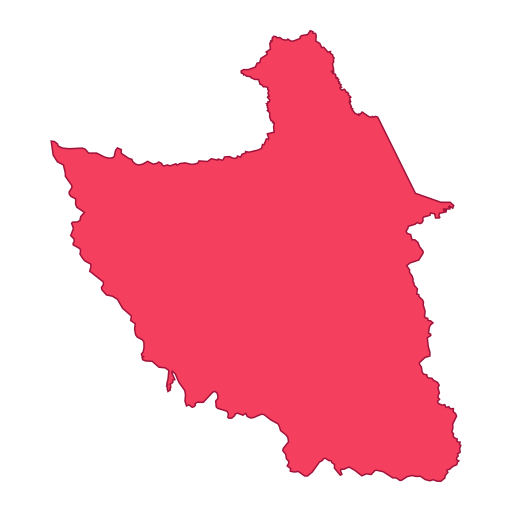 the district of Pong Nam Ron, Chanthaburi, Thailand
{"feature_id": "78962969B84278316034538", "entity_name": "Pong Nam Ron", "entity_type": "district", "adm_level": 2, "iso_a3": "THA", "parent_name": "Thailand", "parent_adm1": "Chanthaburi", "projection": "orthographic", "projection_center": [102.37, 12.957], "detail": "fine", "context": "isolated", "style": "filled", "palette": "rose", "viewbox_px": 512, "rotation_deg": 0, "n_neighbors": 0, "source": "geoboundaries", "source_scale": "gbopen_adm2", "svg_char_len": 5995}
<svg xmlns="http://www.w3.org/2000/svg" viewBox="0 0 512 512"><path d="M429.8,480.8L433.3,479.7L436.7,481.1L440.8,481.3L444.8,478.1L445.2,475.5L447.9,472.3L446.9,470.9L447.2,469.8L449.4,469.4L453.0,466.3L456.8,464.7L457.4,462.1L458.8,460.9L456.5,459.6L456.8,457.4L458.2,456.1L457.6,453.8L460.1,452.4L459.7,448.2L460.8,445.4L459.5,444.2L460.1,442.2L457.8,442.0L456.9,440.9L457.3,439.1L454.0,437.6L453.1,435.5L453.6,433.8L451.8,431.9L452.9,428.2L452.7,424.1L456.6,416.1L455.5,413.5L453.2,411.6L453.4,408.6L450.2,408.6L448.8,406.7L446.0,407.5L444.7,404.6L442.2,405.2L438.3,403.4L437.4,401.5L439.6,399.2L438.1,397.7L438.1,395.5L439.4,393.0L437.9,387.6L439.2,385.2L437.5,382.4L433.3,380.1L431.9,378.2L428.4,378.0L427.1,376.7L426.8,374.8L423.5,374.1L422.1,371.9L421.4,367.0L419.4,364.1L419.5,362.6L425.0,357.5L429.9,356.0L429.9,352.3L428.2,346.3L427.3,337.8L430.8,335.5L430.6,334.1L428.5,333.0L429.3,327.5L430.4,325.1L433.0,322.9L430.7,320.9L428.0,320.4L427.7,318.3L426.0,318.0L424.5,316.7L425.1,311.3L423.2,304.8L423.5,302.1L422.5,299.9L419.0,296.6L418.8,294.6L416.7,294.0L417.4,288.9L414.1,285.0L413.9,282.8L412.9,281.8L413.1,279.2L412.2,276.2L409.5,272.3L409.6,269.8L406.6,265.6L410.1,262.9L418.8,260.0L423.0,253.3L423.1,251.3L419.5,246.6L417.9,242.4L414.7,239.7L412.1,239.9L410.6,234.5L407.2,233.4L406.1,231.1L407.8,228.6L408.3,226.3L415.2,224.2L416.9,222.6L420.0,223.6L421.8,222.9L423.1,220.7L422.7,218.7L423.5,217.1L430.0,215.3L430.4,213.0L434.6,213.8L435.6,218.0L439.1,218.0L439.8,217.3L438.9,215.6L439.5,213.3L446.0,211.9L446.4,210.2L443.9,210.6L443.6,209.0L449.9,209.0L450.0,207.9L448.7,207.1L449.3,206.1L452.7,208.2L453.7,205.5L450.2,202.3L440.9,202.3L415.4,193.3L377.7,117.1L375.4,116.4L373.9,117.1L372.4,116.4L371.6,117.1L369.1,116.8L362.1,112.0L360.1,114.4L359.0,113.9L358.9,115.2L354.9,113.2L352.1,109.6L352.7,108.9L350.9,107.5L351.3,106.2L349.5,103.0L349.5,101.6L350.4,102.3L350.7,101.7L349.5,97.9L350.8,97.1L348.2,94.7L348.6,93.8L347.7,92.4L346.0,92.2L345.6,90.6L344.2,89.2L341.7,90.2L340.1,88.4L340.1,87.7L341.4,87.3L340.4,86.0L341.1,84.7L338.8,83.3L339.6,82.2L338.2,81.2L338.7,79.3L336.4,78.3L337.2,77.7L335.9,77.1L335.5,74.4L332.3,72.8L333.8,71.9L333.3,71.1L332.1,71.0L333.7,69.9L332.5,63.8L333.7,61.8L333.4,59.7L334.1,57.9L333.0,56.9L332.5,54.7L330.3,53.3L330.5,51.5L327.9,52.1L323.8,47.3L321.7,47.6L319.8,43.4L315.8,41.1L316.2,35.6L315.5,33.5L312.9,33.0L313.0,31.7L310.2,30.7L307.7,34.6L301.9,35.5L300.3,36.5L300.0,38.5L293.2,41.1L290.9,41.1L287.9,39.1L286.3,40.2L282.5,39.5L279.9,37.5L277.3,37.8L275.8,36.6L273.6,36.3L272.3,37.9L271.9,41.2L270.8,40.9L270.9,42.5L269.8,43.1L270.4,49.2L266.1,52.0L267.0,52.9L267.0,54.5L260.8,58.5L259.7,62.7L257.1,63.1L255.4,67.0L248.3,69.6L243.7,69.6L241.1,71.0L241.3,73.0L243.0,73.5L243.6,74.9L244.7,74.6L246.6,76.2L250.8,76.7L251.0,77.7L254.7,79.4L258.7,79.6L260.0,84.3L261.3,84.5L263.6,86.9L265.7,86.7L267.7,87.6L267.7,89.6L268.8,90.6L267.9,93.3L269.2,96.2L268.2,96.2L267.5,97.3L269.9,100.1L268.8,102.1L268.0,101.8L267.6,103.4L266.7,103.7L267.4,104.1L266.9,105.3L267.6,105.7L267.3,107.3L268.5,109.6L267.3,110.5L269.7,112.7L269.7,117.1L271.0,120.6L273.1,121.6L273.6,122.3L272.9,122.8L274.3,123.4L273.6,126.9L274.1,132.2L267.3,133.8L268.7,138.3L268.2,139.3L266.4,138.9L264.0,144.7L262.5,144.5L261.6,148.4L257.9,150.1L248.9,152.2L245.7,151.6L246.1,152.7L242.0,154.3L240.6,157.1L237.5,156.0L236.9,157.6L235.2,158.4L231.9,157.9L230.1,156.7L227.2,156.7L224.5,157.0L223.2,159.7L222.1,160.2L218.1,159.0L217.6,160.1L211.3,158.7L207.5,161.5L199.0,160.9L197.7,163.2L194.2,164.2L191.0,164.3L185.3,162.9L180.0,163.5L177.0,165.2L175.9,163.8L169.9,165.9L167.5,164.9L164.1,165.9L162.7,165.4L161.4,163.3L158.7,162.0L156.6,163.5L153.0,164.1L147.6,161.3L142.8,164.1L138.5,165.1L135.1,163.8L132.6,161.4L131.9,159.3L128.8,158.4L121.8,153.7L121.2,153.0L121.3,149.6L117.4,147.9L115.6,150.3L114.2,156.5L112.5,157.8L109.1,158.2L104.8,157.2L96.7,153.1L88.6,153.1L85.3,149.3L82.4,148.1L69.3,148.7L63.0,148.2L58.3,146.2L57.4,143.8L54.3,141.5L51.2,141.1L53.2,155.2L57.4,161.8L63.4,164.9L65.3,172.9L65.4,176.4L71.8,185.5L71.9,187.6L69.1,192.0L69.3,194.2L70.9,196.4L75.7,198.9L75.6,204.3L76.9,207.3L84.4,212.4L80.7,216.6L79.9,220.6L77.0,222.0L72.7,222.1L71.6,223.2L73.4,228.6L70.7,235.6L74.0,238.9L74.2,241.4L73.1,243.5L73.2,244.9L79.8,248.6L80.6,250.5L80.0,254.1L82.4,258.0L84.7,260.8L90.7,264.1L91.0,266.5L89.7,271.2L103.4,282.0L103.3,284.8L101.5,287.4L101.9,289.8L106.4,294.9L112.4,296.2L117.5,299.3L122.5,308.2L131.4,316.0L130.7,320.5L135.2,323.7L134.6,329.3L135.6,334.7L137.3,337.1L142.6,340.0L143.9,342.2L144.0,348.0L143.0,352.3L141.4,354.0L141.8,355.7L143.5,356.8L142.1,357.4L142.7,359.7L145.4,360.9L152.2,361.3L158.9,367.2L165.3,367.9L168.8,370.5L168.1,378.6L166.8,384.1L167.6,384.5L166.5,386.2L167.5,387.2L167.2,388.9L168.0,391.5L170.3,389.9L169.9,388.9L170.8,387.5L170.4,384.2L172.7,382.5L173.0,380.0L174.8,379.6L171.9,373.1L172.3,371.2L175.4,374.0L178.9,382.3L184.8,390.6L185.5,394.7L185.0,401.2L186.5,405.9L188.8,404.8L192.2,407.3L194.2,406.6L195.3,405.2L195.2,403.5L197.2,402.3L203.3,402.3L212.8,392.1L214.9,391.4L217.1,393.0L218.0,396.7L217.7,398.7L215.7,401.0L216.2,406.8L217.6,408.3L226.9,411.2L228.4,413.7L227.8,417.2L228.9,418.2L231.8,418.1L234.6,415.7L235.5,413.8L237.7,413.2L242.9,415.2L245.8,413.4L247.2,416.4L250.8,418.0L253.4,417.6L261.4,414.2L264.1,414.6L270.8,419.9L277.9,423.8L279.1,425.7L280.6,430.6L285.8,434.7L287.9,437.6L288.5,441.9L283.3,448.4L282.8,450.7L285.8,454.4L286.4,458.8L288.7,461.2L288.7,463.2L287.2,466.0L290.6,468.5L290.3,471.2L294.2,472.0L298.4,471.5L304.7,476.0L307.5,476.0L312.4,471.9L319.4,462.1L322.5,460.3L323.4,458.7L325.4,458.3L328.9,460.6L331.0,460.7L331.8,462.5L334.5,464.5L334.4,468.1L340.3,475.2L341.9,474.3L340.5,470.7L340.8,469.4L344.1,469.2L349.0,467.0L354.8,470.3L361.8,475.8L366.4,473.8L371.2,474.5L374.9,470.6L376.4,470.2L383.2,471.7L392.8,477.9L396.1,477.8L400.0,480.5L401.7,480.2L407.3,476.6L412.2,475.5L415.9,476.4L420.5,476.3L425.1,479.5L429.8,480.8Z" fill="#f43f5e" stroke="#9f1239" stroke-width="1.5"/></svg>